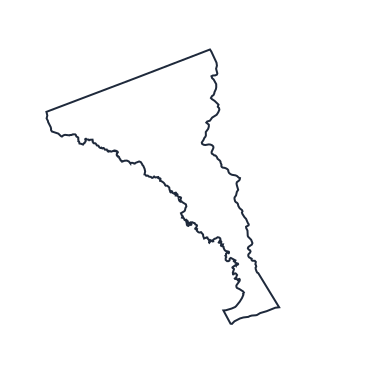 Santo Antônio do Içá, Amazonas, Brazil, rotated 59°
{"feature_id": "56859067B66310767394995", "entity_name": "Santo Antônio do Içá", "entity_type": "district", "adm_level": 2, "iso_a3": "BRA", "parent_name": "Brazil", "parent_adm1": "Amazonas", "projection": "albers", "projection_center": [-68.777, -3.083], "detail": "fine", "context": "isolated", "style": "outline", "palette": "slate", "viewbox_px": 384, "rotation_deg": 59, "n_neighbors": 0, "source": "geoboundaries", "source_scale": "gbopen_adm2", "svg_char_len": 6106}
<svg xmlns="http://www.w3.org/2000/svg" viewBox="0 0 384 384"><g transform="rotate(59 192 192)"><path d="M324.7,226.8L325.6,225.7L324.7,222.2L325.1,216.0L326.0,212.6L328.1,207.9L328.1,206.6L328.7,204.4L330.6,200.6L330.9,199.5L330.9,195.9L332.6,189.4L334.1,180.2L335.7,176.7L295.7,177.0L294.7,177.6L293.5,177.6L290.9,177.1L289.6,176.5L289.1,175.4L287.7,174.9L286.6,174.9L284.8,173.3L283.3,173.6L282.0,175.7L280.7,175.9L279.9,175.2L277.5,176.7L276.3,176.8L275.0,176.3L274.3,175.3L274.0,173.8L273.2,172.5L272.0,172.2L270.7,173.0L269.2,173.2L268.4,172.5L268.1,171.4L267.9,167.8L266.9,166.5L263.4,165.9L259.3,166.9L258.3,166.8L253.6,164.3L250.7,164.1L249.6,163.5L249.7,160.7L248.9,160.0L247.4,160.1L242.9,159.5L240.6,160.0L236.8,160.1L235.3,159.8L234.5,158.6L233.2,158.5L230.5,159.5L228.0,159.5L225.6,158.8L224.4,159.0L223.2,159.7L222.0,159.8L219.7,159.1L218.6,158.3L217.6,156.0L215.0,153.5L213.9,151.3L209.0,150.0L207.7,149.5L206.7,148.5L206.4,145.9L206.0,144.8L204.8,143.7L203.9,144.5L201.5,145.2L200.2,146.1L197.9,148.8L196.5,149.8L194.8,150.4L193.3,150.3L191.9,149.7L190.7,149.9L189.5,150.5L188.1,151.6L186.9,153.1L185.9,153.6L184.8,153.5L183.9,152.7L181.6,152.4L180.5,151.9L179.3,152.0L176.6,153.0L175.2,152.7L174.0,152.8L172.8,153.1L172.1,154.1L170.8,154.4L169.8,155.1L168.6,155.1L167.6,154.4L165.6,151.4L164.9,150.7L163.8,150.3L162.1,150.8L160.7,151.9L159.8,153.2L158.6,156.4L157.5,157.7L156.0,158.5L155.4,158.4L154.6,158.1L153.4,155.5L152.0,153.5L151.5,152.0L150.7,151.0L147.7,149.3L146.2,145.6L144.5,143.8L142.9,142.9L139.9,144.0L139.4,142.7L140.1,139.9L138.6,136.4L138.5,131.1L137.3,128.6L135.6,126.2L134.0,125.6L132.2,126.0L130.8,124.3L125.5,125.7L122.6,127.1L121.2,127.4L120.1,125.5L120.0,123.7L119.1,122.3L118.0,121.3L116.1,118.5L114.6,117.2L112.0,115.7L106.7,115.5L104.9,116.1L102.8,115.7L102.9,114.0L104.0,112.1L104.2,110.2L103.4,109.2L98.8,107.9L96.6,105.6L93.8,104.4L81.5,103.1L79.1,103.2L65.5,180.6L48.3,275.5L51.9,276.6L54.0,278.7L57.0,278.9L57.9,279.3L63.6,279.7L65.2,280.2L66.2,280.9L68.0,280.9L73.1,276.5L76.1,275.7L77.1,275.3L77.5,274.9L77.2,273.0L77.6,271.4L80.4,267.8L80.3,267.2L81.1,265.9L81.1,264.8L81.4,264.5L81.5,263.9L82.5,262.4L83.4,262.2L84.7,262.5L85.2,262.4L86.0,261.7L87.2,261.6L88.0,262.3L89.1,262.6L89.9,263.3L90.8,262.9L92.5,263.5L93.4,262.4L95.2,261.0L94.6,259.9L94.8,259.1L94.4,258.8L93.9,257.2L93.0,256.6L92.0,256.5L91.6,256.1L91.7,255.5L92.8,255.2L93.7,253.8L94.6,253.6L94.8,253.2L94.7,252.5L95.9,250.3L97.0,250.7L97.7,251.3L98.5,251.1L98.9,251.3L99.9,250.9L100.2,250.1L100.6,249.7L101.8,249.5L103.0,249.6L104.1,248.4L106.0,248.4L107.1,247.8L107.5,247.3L107.4,246.8L108.5,246.4L108.6,245.3L108.9,245.0L110.9,244.8L111.7,243.2L112.9,243.3L113.3,242.8L113.6,243.2L114.1,243.1L114.5,242.7L114.7,241.2L115.7,240.6L115.9,240.1L116.4,237.2L116.9,236.6L117.2,237.0L118.0,235.6L118.6,235.2L119.3,235.0L119.9,235.2L119.9,236.3L120.4,236.4L121.0,237.2L122.0,237.6L122.2,237.3L122.7,237.1L123.4,237.3L123.6,236.8L124.6,236.5L125.9,236.9L127.2,236.6L128.1,236.9L128.6,236.8L129.4,236.0L130.0,236.2L130.5,233.5L131.6,231.6L133.3,230.4L135.8,230.1L135.4,229.8L135.6,229.3L136.6,227.7L137.9,226.9L138.2,226.4L137.9,225.7L138.6,221.6L140.0,220.5L142.6,220.4L143.2,220.6L144.5,220.3L147.7,220.7L150.3,221.6L152.4,223.6L152.7,223.2L154.5,222.9L155.1,221.5L156.6,221.0L157.9,219.5L159.3,219.0L159.6,218.4L159.2,216.5L160.6,216.0L161.8,213.2L162.2,213.3L162.6,213.8L163.1,213.6L163.2,213.0L164.1,212.2L164.5,212.2L164.9,212.5L165.1,213.1L166.0,213.6L166.7,212.8L168.9,211.7L170.1,211.4L171.4,211.3L172.4,211.5L173.1,211.3L173.6,210.3L174.1,209.9L176.4,209.2L178.0,209.9L181.0,210.6L181.5,210.3L181.4,209.6L180.8,209.1L181.3,208.7L181.9,209.0L182.9,209.0L184.4,208.1L183.9,207.3L184.2,206.2L184.7,206.1L185.2,206.4L185.7,206.4L185.7,206.0L186.6,205.7L186.9,206.1L186.2,207.5L186.6,207.8L187.5,206.6L187.9,206.3L189.6,206.1L189.7,205.4L190.2,204.9L190.8,204.4L191.4,204.4L192.7,205.9L192.7,206.5L191.7,207.1L192.3,207.3L193.6,207.3L194.5,206.8L194.6,205.8L195.6,205.6L199.5,203.6L201.5,204.3L202.3,205.8L204.0,207.4L204.5,208.3L204.5,212.4L206.4,212.7L207.9,212.4L208.4,212.5L208.4,213.3L208.8,213.8L210.0,212.6L210.5,212.5L211.8,212.8L212.4,212.6L212.7,211.3L214.7,210.7L215.1,210.8L215.2,211.2L214.5,212.2L216.0,212.6L217.5,213.3L218.5,213.2L219.2,212.6L218.8,211.0L216.7,211.2L216.9,210.4L217.7,209.7L219.6,209.9L219.7,209.5L219.4,209.1L218.5,208.9L217.6,209.1L217.3,208.8L218.3,207.1L219.1,206.8L220.0,205.8L221.6,205.8L222.6,205.0L223.5,205.1L224.6,206.7L224.9,208.0L225.2,208.2L225.7,207.9L226.4,206.8L227.5,207.8L229.6,207.3L230.3,206.8L230.9,206.0L231.0,205.0L231.3,204.8L232.4,204.8L234.1,204.4L235.5,205.1L238.1,205.6L238.5,202.6L238.9,202.3L239.3,202.7L240.9,202.3L242.3,202.3L242.3,201.3L242.7,201.1L243.6,203.1L244.0,203.4L244.4,203.3L244.0,202.5L243.8,199.9L244.0,199.5L245.0,199.7L245.2,199.2L244.1,198.9L244.0,198.5L243.7,196.8L244.1,195.7L244.0,193.3L245.0,192.2L246.3,191.7L247.4,192.1L249.1,195.1L249.5,194.9L250.1,193.8L249.3,193.0L249.2,192.5L249.8,192.5L250.1,193.0L250.7,193.3L251.4,193.3L252.6,194.7L253.1,194.7L253.2,194.3L252.9,194.0L253.1,192.7L254.3,193.9L255.2,193.2L256.8,193.8L258.9,193.9L260.1,193.3L262.0,191.3L262.5,191.2L263.2,191.6L263.4,192.1L261.9,193.0L262.5,194.7L263.6,195.2L263.8,196.2L265.4,196.1L266.0,197.2L267.6,198.1L269.4,197.5L270.1,196.2L270.0,195.1L268.6,194.0L268.5,192.7L273.0,190.0L273.3,190.5L272.5,190.8L272.4,191.4L272.7,191.8L273.2,191.7L273.9,191.0L274.9,191.3L277.1,189.5L277.6,189.6L277.8,190.0L277.8,190.6L277.2,191.4L278.0,192.3L277.1,192.5L277.3,195.9L277.6,196.3L278.0,196.3L278.2,195.9L279.7,195.7L282.1,198.5L283.7,199.2L284.0,198.8L283.7,197.7L283.9,196.9L284.7,196.3L286.4,196.1L286.8,196.9L287.9,197.9L288.2,199.9L288.6,199.9L290.0,198.3L290.4,197.6L291.3,198.2L291.9,198.0L291.8,197.4L291.1,197.5L290.8,197.1L290.9,196.2L291.4,196.1L292.0,196.3L292.8,197.1L294.7,201.6L295.3,202.4L296.7,202.9L297.5,202.8L299.7,201.3L303.6,199.4L305.0,199.3L305.6,200.7L306.5,200.8L308.6,203.7L310.6,207.6L312.6,213.1L312.8,214.4L312.3,218.1L310.8,223.9L309.7,226.1L324.7,226.8Z" fill="none" stroke="#1e293b" stroke-width="2"/></g></svg>